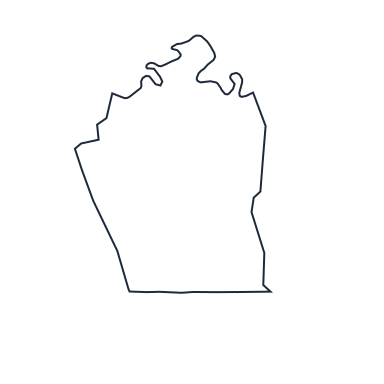 Berkeley, West Virginia, United States of America, rotated 320°
{"feature_id": "52423323B11679801882970", "entity_name": "Berkeley", "entity_type": "district", "adm_level": 2, "iso_a3": "USA", "parent_name": "United States of America", "parent_adm1": "West Virginia", "projection": "albers", "projection_center": [-77.931, 39.442], "detail": "fine", "context": "isolated", "style": "outline", "palette": "slate", "viewbox_px": 384, "rotation_deg": 320, "n_neighbors": 0, "source": "geoboundaries", "source_scale": "gbopen_adm2", "svg_char_len": 1476}
<svg xmlns="http://www.w3.org/2000/svg" viewBox="0 0 384 384"><g transform="rotate(320 192 192)"><path d="M194.3,65.2L174.0,80.4L162.6,79.4L154.1,91.9L138.3,83.6L130.1,83.6L121.6,105.0L110.7,135.2L96.9,189.2L81.0,225.4L80.2,228.1L93.1,239.7L103.0,247.6L119.1,262.4L128.6,269.3L146.4,284.5L161.3,296.8L162.2,297.6L188.1,318.8L186.8,309.1L208.2,285.2L224.7,245.6L235.7,236.0L244.7,235.6L269.8,210.0L290.8,188.8L302.7,155.1L295.2,153.2L291.1,151.0L290.6,149.6L290.4,149.0L291.9,146.5L300.8,140.3L302.9,137.9L303.8,133.4L303.7,132.1L302.8,129.8L301.8,128.9L298.3,127.3L296.4,127.7L295.2,128.4L294.4,129.8L294.1,136.7L289.5,139.5L283.6,140.4L281.7,139.9L281.0,139.0L280.3,138.1L280.3,133.0L280.9,130.5L281.3,125.8L281.3,124.6L280.7,123.3L277.3,119.0L269.1,113.6L267.7,110.7L267.9,109.2L268.3,108.4L269.3,107.5L273.5,105.3L276.7,105.0L280.5,105.3L286.0,104.5L293.5,104.7L296.7,103.2L297.6,101.5L298.4,99.9L299.8,92.7L300.3,88.3L300.3,85.6L299.2,78.4L298.2,77.1L295.8,74.9L293.1,74.1L287.3,74.2L284.9,73.6L278.9,71.3L275.6,69.0L269.8,68.0L268.8,68.9L268.8,69.7L271.6,73.5L272.0,74.8L271.8,79.2L270.5,80.5L267.0,81.0L266.1,80.7L259.8,78.7L253.6,77.2L249.1,75.8L247.3,73.8L245.8,69.3L243.6,66.6L241.0,65.6L238.6,65.8L237.2,67.0L237.1,68.4L242.1,73.2L241.6,83.2L240.2,88.4L236.2,90.1L233.4,86.1L233.7,76.0L231.4,73.5L227.5,73.0L224.1,74.6L221.4,78.3L219.6,79.4L211.3,79.1L205.3,78.9L202.9,78.3L201.1,77.2L200.4,76.3L194.3,65.2Z" fill="none" stroke="#1e293b" stroke-width="2"/></g></svg>